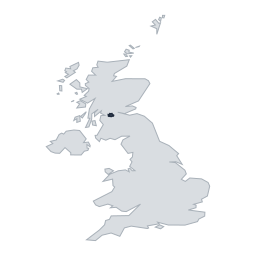 East Dunbartonshire on a map of United Kingdom (Natural Earth projection)
{"feature_id": "GBR-2002", "entity_name": "East Dunbartonshire", "entity_type": "Unitary District", "adm_level": 1, "iso_a3": "GBR", "parent_name": "United Kingdom", "parent_adm1": "", "projection": "natural_earth1", "projection_center": [-4.202, 55.959], "detail": "fine", "context": "in_parent", "style": "filled", "palette": "slate", "viewbox_px": 256, "rotation_deg": 0, "n_neighbors": 0, "source": "natural_earth", "source_scale": "10m", "svg_char_len": 4077}
<svg xmlns="http://www.w3.org/2000/svg" viewBox="0 0 256 256"><path d="M140.5,204.1L126.2,211.6L121.7,211.1L116.2,207.3L110.4,207.8L112.8,205.8L107.9,204.1L99.3,206.6L95.6,204.9L93.3,201.1L111.9,191.6L114.7,187.0L113.0,185.6L112.6,179.1L103.0,181.4L109.9,174.2L118.2,170.8L125.4,169.9L129.2,171.8L128.1,168.9L129.8,168.2L132.2,170.8L135.0,170.7L129.7,166.4L132.0,161.8L130.0,159.4L132.4,157.0L132.9,152.4L128.0,153.4L121.0,144.2L123.0,139.8L130.0,136.1L121.6,136.2L115.0,139.7L110.1,138.3L105.8,140.2L100.9,138.3L99.4,141.6L95.7,138.1L95.1,135.4L97.0,135.3L103.3,124.6L99.8,120.4L100.9,115.6L104.8,115.4L100.6,113.1L101.3,110.9L94.5,116.5L94.4,112.8L98.1,109.3L91.8,113.8L91.7,119.0L88.9,126.9L85.5,127.5L89.8,118.3L87.9,118.1L89.4,108.9L95.1,98.4L87.5,103.1L79.8,99.2L86.3,96.4L84.2,95.4L88.6,91.2L89.1,88.5L85.4,85.5L85.3,83.7L88.8,82.1L86.2,79.5L88.5,75.1L95.7,75.1L91.6,71.3L92.8,67.8L98.1,67.3L96.8,64.8L98.0,61.1L107.3,62.2L129.3,59.7L126.8,66.1L114.4,73.5L113.6,75.8L116.5,76.4L112.1,81.4L125.5,78.7L145.1,78.8L148.4,80.7L149.9,83.6L138.5,100.9L125.4,106.6L132.3,105.9L136.1,107.5L135.7,108.9L124.6,113.6L117.7,112.2L129.7,115.2L137.0,113.6L144.3,116.2L152.4,123.1L159.6,141.3L168.9,145.5L178.6,153.6L176.7,155.7L182.2,164.4L175.8,161.7L169.3,162.0L175.4,162.6L184.9,170.2L186.3,173.9L181.3,179.3L185.3,181.4L189.8,178.0L201.6,178.9L208.1,182.5L209.7,186.2L207.4,196.0L201.5,199.2L202.3,201.9L193.6,204.3L196.1,205.2L196.0,207.7L188.3,210.0L204.9,212.2L204.7,216.1L198.9,219.0L197.5,221.6L185.0,225.1L168.3,225.0L157.7,222.2L159.1,223.8L147.4,225.9L148.6,228.0L147.4,228.5L131.2,226.1L124.4,227.9L119.8,236.3L111.1,233.0L102.1,235.2L95.5,240.6L86.5,239.8L99.4,230.0L104.6,224.8L105.6,220.5L109.4,219.4L111.2,215.9L128.8,215.6L140.5,204.1ZM81.1,155.0L70.7,154.9L70.8,152.7L65.0,147.6L59.7,153.3L55.1,153.1L51.0,151.6L46.3,146.6L52.8,143.6L50.3,141.4L56.2,140.0L59.1,134.5L61.7,133.1L63.7,134.1L66.2,131.2L73.9,130.0L79.6,130.5L86.2,138.9L83.5,142.6L88.4,142.1L90.2,145.6L90.0,146.8L86.9,144.5L87.1,148.1L88.7,148.3L87.9,150.4L84.3,151.2L81.1,155.0ZM79.1,65.2L77.1,68.8L73.4,70.8L75.4,72.3L66.8,77.9L64.8,76.5L68.5,74.3L65.3,72.6L66.5,71.7L64.8,70.7L65.8,68.1L70.7,68.8L69.9,66.5L78.5,62.4L79.1,65.2ZM79.8,82.9L79.9,86.9L87.4,88.7L82.2,92.4L81.5,89.2L76.9,89.2L69.9,84.2L76.4,79.6L79.8,82.9ZM155.5,19.4L158.8,23.3L160.5,22.8L156.8,34.3L156.8,28.7L150.9,26.1L155.4,25.0L152.3,21.8L155.5,19.4ZM85.5,107.0L76.8,108.0L79.7,103.9L76.8,102.3L80.3,100.7L85.8,103.9L85.5,107.0ZM109.1,168.4L113.5,170.8L108.2,174.4L105.2,171.8L104.9,169.1L109.1,168.4ZM79.7,115.6L80.3,121.3L76.8,122.4L76.9,118.7L73.8,120.5L75.1,117.2L79.7,115.6ZM129.2,50.2L128.9,52.1L133.8,53.1L127.4,53.8L124.5,51.8L126.1,49.2L129.2,50.2ZM96.3,125.7L92.6,125.0L92.0,121.1L95.0,120.6L96.3,125.7ZM163.7,226.6L160.6,228.8L155.3,227.1L159.5,224.8L163.7,226.6ZM82.3,118.0L80.6,116.4L86.3,111.7L85.1,114.0L82.3,118.0ZM62.8,79.2L64.6,80.4L63.1,82.3L57.8,80.9L62.8,79.2ZM61.9,91.0L59.8,90.7L59.4,85.5L61.7,85.7L61.9,91.0ZM160.6,21.4L158.6,19.6L159.7,17.2L161.3,17.9L160.6,21.4ZM134.3,48.4L133.0,48.9L129.2,45.6L130.4,45.1L134.3,48.4ZM127.5,56.4L125.7,56.6L123.8,54.0L125.8,54.1L127.5,56.4ZM164.7,15.4L163.9,17.9L162.4,17.7L162.5,15.4L164.7,15.4ZM139.1,46.6L135.4,47.5L139.4,46.1L139.1,46.6ZM77.5,94.1L76.4,94.3L75.1,93.0L76.8,92.3L77.5,94.1ZM131.7,55.7L130.5,57.2L129.5,55.8L131.7,55.7ZM73.4,101.1L71.1,101.8L74.1,100.3L73.4,101.1ZM59.2,94.1L57.8,94.4L57.1,93.9L58.6,93.0L59.2,94.1Z" fill="#d9dde1" stroke="#a8b0b8" stroke-width="1"/><path d="M112.0,113.6L112.0,114.0L112.2,114.5L112.3,114.9L112.5,115.1L113.1,115.0L113.5,115.0L113.6,115.4L113.5,115.7L113.4,116.0L113.1,116.1L112.6,116.1L111.8,116.0L111.5,116.1L111.6,116.4L111.4,116.5L111.2,116.5L110.8,116.5L110.4,116.3L110.1,116.0L109.9,115.9L109.8,116.0L109.7,116.1L109.5,116.3L109.3,116.3L109.1,116.3L108.9,116.2L108.6,116.2L108.4,116.0L108.4,115.5L108.3,114.7L109.4,115.0L109.8,115.0L110.0,114.8L109.9,114.4L109.6,113.8L109.8,113.6L110.2,113.8L111.0,113.7L111.4,113.9L111.6,113.8L111.7,113.6L112.0,113.6Z" fill="#64748b" stroke="#1e293b" stroke-width="1.5"/></svg>